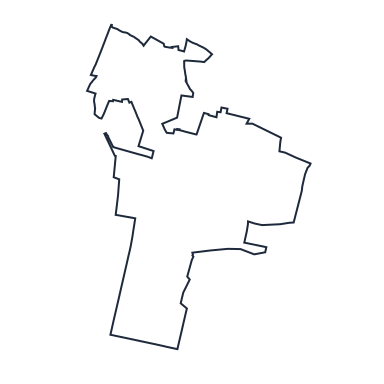 Kinchil, Yucatán, Mexico, rotated 276°
{"feature_id": "50627088B70780361544705", "entity_name": "Kinchil", "entity_type": "district", "adm_level": 2, "iso_a3": "MEX", "parent_name": "Mexico", "parent_adm1": "Yucatán", "projection": "mercator", "projection_center": [-89.997, 20.843], "detail": "fine", "context": "isolated", "style": "outline", "palette": "slate", "viewbox_px": 384, "rotation_deg": 276, "n_neighbors": 0, "source": "geoboundaries", "source_scale": "gbopen_adm2", "svg_char_len": 3392}
<svg xmlns="http://www.w3.org/2000/svg" viewBox="0 0 384 384"><g transform="rotate(276 192 192)"><path d="M255.3,274.9L266.3,244.9L265.7,239.2L270.8,241.3L274.0,218.2L278.5,218.6L279.1,212.5L274.3,212.1L274.4,208.7L268.9,208.5L270.2,200.5L271.1,200.4L271.9,195.6L251.3,190.9L249.7,190.5L249.7,189.9L251.3,178.8L251.7,176.7L252.0,174.7L252.2,172.8L253.0,173.0L253.1,170.6L252.2,170.5L252.5,168.0L248.3,167.4L248.2,160.7L251.3,158.4L256.7,155.3L264.4,169.4L286.9,171.4L286.6,182.7L286.8,182.7L290.6,182.9L292.9,180.8L294.0,179.4L301.7,174.1L302.6,174.1L301.9,174.8L307.2,173.5L307.9,173.2L312.6,172.0L313.5,171.8L314.5,171.4L315.7,171.2L321.4,170.5L321.7,170.9L321.8,171.5L322.0,171.9L322.2,172.7L322.2,173.3L322.6,186.8L322.5,190.6L324.0,191.8L326.9,194.5L331.1,197.5L333.0,194.8L333.9,193.4L334.5,192.6L335.6,190.8L336.9,188.0L338.0,184.8L338.2,184.1L339.3,181.7L339.5,180.9L340.3,177.6L341.4,174.7L343.2,171.3L343.4,170.9L341.9,170.9L336.5,170.4L336.1,170.3L330.9,169.4L331.2,168.0L331.8,163.8L335.5,163.0L334.1,156.8L333.3,157.2L333.3,154.5L333.5,151.7L333.6,149.9L334.0,149.2L336.5,148.4L342.3,134.8L334.0,129.5L332.4,128.6L333.5,127.6L334.1,127.4L334.4,126.9L336.2,124.2L336.5,124.0L337.4,123.1L340.2,118.0L341.8,113.5L342.3,113.2L343.4,110.9L343.7,109.0L343.7,107.2L344.1,105.4L345.3,102.5L345.8,101.5L346.2,100.9L346.6,99.1L346.8,98.2L347.1,96.9L347.1,96.5L347.9,94.9L349.8,94.8L349.8,94.2L345.9,93.0L343.8,92.4L341.0,91.7L335.6,90.2L334.0,89.8L332.5,89.4L331.6,89.2L329.5,88.6L328.3,88.3L326.1,87.7L321.3,86.4L318.4,85.6L312.8,84.0L310.3,83.3L309.1,83.0L305.7,81.7L297.8,79.2L297.3,84.0L297.4,84.9L296.9,84.8L296.5,84.7L296.1,84.5L295.8,84.3L295.5,84.1L295.3,84.0L294.8,83.6L294.3,83.2L294.1,83.1L293.6,82.6L291.6,81.3L291.0,81.0L290.1,80.4L289.3,79.8L288.8,79.5L281.6,77.1L280.1,84.5L279.8,85.8L278.7,85.6L278.0,85.4L277.7,85.4L277.0,85.3L275.3,85.1L274.4,85.0L273.2,85.0L272.0,85.1L268.5,86.1L266.7,86.4L265.7,86.8L264.7,86.9L261.8,86.9L259.2,87.0L256.0,91.8L255.6,94.3L258.4,95.4L259.5,95.8L262.0,96.6L267.0,98.0L269.0,98.6L271.4,99.3L273.9,100.1L274.0,103.9L275.4,104.0L274.3,112.9L276.7,112.9L277.5,117.1L277.8,118.5L276.5,119.2L274.3,120.4L275.3,122.3L269.7,125.3L267.9,126.3L266.5,127.1L265.9,127.4L261.9,129.5L260.0,130.5L259.9,130.6L259.6,130.9L250.9,135.5L249.0,136.5L247.9,137.1L232.0,134.0L229.3,146.8L228.7,149.5L224.5,148.9L224.4,148.9L222.8,148.7L221.3,148.4L222.3,144.7L222.4,144.3L223.4,138.6L223.9,135.2L228.0,111.3L228.4,109.1L228.9,109.0L229.1,108.5L237.9,102.9L238.9,102.7L239.8,101.6L241.6,100.3L240.8,98.8L219.9,111.5L219.8,112.4L198.5,112.6L197.0,118.3L180.7,118.8L161.3,118.5L159.9,138.3L153.7,138.0L148.0,137.7L141.1,137.4L131.7,136.7L124.7,135.9L124.0,135.8L123.5,135.7L113.3,134.5L87.9,131.4L77.8,130.2L77.1,130.1L56.9,127.6L41.5,125.8L37.4,165.0L37.0,168.9L36.7,171.9L36.2,176.1L36.2,176.3L36.1,177.2L35.3,183.7L34.2,193.9L51.7,196.1L57.5,196.8L72.9,198.7L75.6,199.1L80.1,192.4L91.0,193.8L104.7,198.9L107.4,196.1L124.2,198.9L127.8,200.1L128.9,199.1L129.6,199.5L131.7,198.7L135.8,216.5L139.2,233.5L140.3,246.2L136.5,260.4L139.7,271.1L144.9,271.7L147.1,249.3L158.4,250.6L165.9,251.0L168.6,250.8L167.2,257.6L166.4,265.1L169.2,283.2L171.5,291.7L172.3,296.3L204.8,301.1L209.1,301.1L216.0,301.9L221.5,302.6L228.1,304.4L230.4,306.2L232.7,306.9L237.1,291.7L240.9,280.5L241.6,274.7L251.3,274.6L255.3,274.9Z" fill="none" stroke="#1e293b" stroke-width="2"/></g></svg>